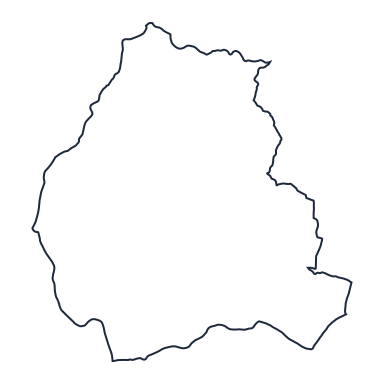 Guayatá, Boyacá, Colombia (orthographic projection)
{"feature_id": "7082276B57012919996167", "entity_name": "Guayatá", "entity_type": "district", "adm_level": 2, "iso_a3": "COL", "parent_name": "Colombia", "parent_adm1": "Boyacá", "projection": "orthographic", "projection_center": [-73.477, 4.938], "detail": "fine", "context": "isolated", "style": "outline", "palette": "slate", "viewbox_px": 384, "rotation_deg": 0, "n_neighbors": 0, "source": "geoboundaries", "source_scale": "gbopen_adm2", "svg_char_len": 5885}
<svg xmlns="http://www.w3.org/2000/svg" viewBox="0 0 384 384"><path d="M351.5,282.4L349.7,281.4L349.0,280.7L346.0,279.3L345.6,279.3L343.8,278.6L342.0,278.2L338.0,277.3L336.1,276.4L335.3,276.3L333.2,276.4L330.8,275.8L329.7,275.4L326.2,273.8L325.4,273.3L322.5,272.4L321.9,272.4L319.8,273.2L319.0,272.9L317.3,272.8L316.6,273.1L315.7,273.9L315.4,274.0L314.8,274.0L314.3,273.8L314.1,273.6L312.8,271.8L310.8,270.3L309.4,269.6L309.0,269.2L308.3,268.2L308.0,267.8L311.4,267.8L314.2,268.6L315.1,268.8L315.7,268.6L315.9,264.5L316.1,257.3L316.2,256.2L316.7,254.7L317.4,253.6L318.2,251.6L319.1,249.7L320.7,245.6L322.1,239.8L322.2,239.0L322.1,238.7L321.5,238.4L319.2,237.7L317.6,237.4L317.0,236.2L316.6,234.4L316.4,233.6L316.3,231.9L316.4,231.0L316.7,229.9L317.9,226.6L318.0,224.6L317.6,221.7L317.1,220.4L316.7,219.8L315.9,219.1L313.6,218.0L313.7,216.5L313.6,214.6L313.9,208.5L313.8,205.8L313.9,203.7L313.8,202.0L313.6,200.7L306.4,198.0L306.0,196.7L305.9,195.5L305.7,195.1L304.1,194.2L301.1,192.7L300.5,192.3L297.9,190.9L297.2,190.2L296.2,188.3L294.7,187.1L293.8,186.1L292.8,185.5L291.1,184.0L290.2,183.7L289.1,184.0L288.3,184.0L286.6,183.9L284.5,183.6L283.1,183.5L282.0,183.6L281.1,183.9L279.4,184.2L278.3,184.5L277.2,185.2L276.6,185.2L275.9,181.7L275.3,180.6L275.0,180.2L274.3,179.8L273.0,179.1L272.0,178.8L271.3,178.1L270.3,176.1L269.3,175.2L267.7,174.1L267.2,173.4L267.5,173.1L268.5,172.7L269.3,172.1L269.8,170.4L270.0,168.2L270.9,166.7L271.6,166.0L272.2,165.7L272.4,165.3L273.0,162.6L273.2,161.1L273.3,159.1L273.7,156.6L274.1,156.1L275.0,155.4L275.7,154.6L276.0,153.6L276.0,150.3L276.4,149.0L278.0,145.7L279.8,143.5L280.1,142.6L280.4,141.1L281.2,139.9L281.4,139.2L281.5,138.4L280.0,135.7L279.4,135.1L279.3,134.3L277.9,132.3L275.2,127.2L273.9,125.5L273.9,124.6L274.2,123.9L274.2,123.3L274.2,122.2L273.8,120.8L272.9,119.1L272.8,118.5L272.1,117.1L270.3,115.3L270.3,114.1L270.2,113.8L269.4,113.2L268.3,112.1L267.4,111.7L264.9,111.4L263.2,110.9L262.6,110.0L262.1,108.7L260.3,106.8L258.7,106.0L257.7,105.8L257.2,105.3L255.6,102.7L253.6,100.1L254.1,99.4L255.2,95.8L255.9,92.1L256.5,90.3L256.8,88.8L256.8,87.1L257.0,86.5L257.7,85.6L258.3,84.2L258.0,83.3L257.4,82.5L255.1,80.8L254.5,79.7L254.5,79.0L255.5,77.2L257.5,74.6L258.0,73.1L258.1,70.9L258.7,69.1L259.8,68.0L260.7,67.7L263.3,67.6L264.1,67.4L264.9,67.0L265.8,66.3L266.4,65.7L267.4,65.2L268.9,64.0L270.1,61.9L269.0,62.3L267.7,62.6L266.5,62.7L265.2,62.5L261.6,60.3L260.6,60.1L257.4,61.1L255.4,61.4L253.1,61.4L251.5,61.2L250.1,60.7L248.7,60.5L247.2,60.7L246.0,61.2L245.2,61.1L244.2,60.4L243.3,59.2L242.9,58.0L240.6,54.3L239.3,52.6L237.5,51.5L235.9,50.9L234.5,51.2L233.2,51.9L231.6,54.1L230.5,54.5L229.4,54.2L228.2,52.0L227.3,51.1L226.2,50.4L224.6,49.8L223.4,49.8L221.0,50.7L219.8,50.7L218.6,50.3L217.1,50.3L216.0,50.6L215.0,51.0L213.4,50.9L212.4,51.2L211.8,52.0L210.6,52.8L207.5,54.4L206.6,54.6L205.5,54.1L204.2,53.3L200.0,51.7L195.7,47.8L193.9,46.7L189.4,45.7L187.7,45.7L186.5,46.1L183.9,47.7L181.7,48.5L180.2,48.7L178.3,48.4L176.2,47.3L174.3,45.9L172.0,43.2L171.3,41.4L170.7,39.0L170.4,36.9L170.5,35.1L170.3,34.3L169.3,33.7L167.3,32.8L165.2,31.7L163.3,30.4L161.7,28.9L159.3,27.5L157.8,27.3L156.1,26.9L154.9,26.3L153.6,25.1L152.4,23.1L150.0,23.0L149.2,23.2L148.1,23.8L147.0,25.0L146.2,25.4L145.9,25.8L146.4,26.7L146.5,28.0L145.4,30.6L143.5,33.4L140.3,35.3L136.4,37.0L130.3,39.3L125.8,39.2L124.4,39.5L123.8,39.8L122.9,40.5L122.4,41.9L122.3,43.5L122.5,45.1L122.8,48.6L122.8,50.2L122.5,51.4L122.0,53.0L121.1,61.8L120.7,63.4L120.0,68.4L118.8,71.9L118.1,72.4L117.3,73.3L115.8,73.9L115.2,74.4L114.5,75.3L113.4,78.3L111.8,79.7L108.5,84.9L107.9,85.4L107.0,85.5L106.4,85.9L105.8,87.0L103.4,88.9L101.4,91.8L99.5,95.4L99.3,97.6L98.6,100.5L97.6,101.5L93.7,103.3L91.1,105.0L90.5,106.3L90.2,108.2L91.8,111.6L92.4,113.2L92.3,114.5L90.9,116.5L88.6,118.7L86.2,121.4L85.5,122.4L84.3,126.0L82.5,134.3L79.1,138.7L78.9,139.5L79.0,141.4L78.5,142.5L75.7,145.6L71.2,148.2L67.7,150.9L65.2,151.4L63.6,152.0L61.2,153.3L59.1,154.5L56.6,156.4L55.5,157.0L52.5,162.2L50.6,164.9L47.8,168.3L45.5,170.7L44.9,171.6L44.3,173.3L43.8,176.4L43.8,178.6L44.4,181.6L44.4,183.0L41.2,192.0L39.6,200.3L38.9,207.9L38.1,212.7L35.8,221.3L34.3,224.6L32.5,228.0L32.7,229.3L33.7,230.6L35.0,231.6L36.5,232.0L37.7,232.0L38.3,232.5L39.7,237.9L40.1,241.1L41.4,244.2L42.3,245.7L44.6,250.6L46.8,254.3L52.1,261.8L54.1,265.8L54.3,266.9L54.4,268.2L54.0,271.1L53.2,274.0L52.8,276.6L52.6,278.2L52.7,279.4L53.3,281.2L54.2,283.1L54.6,285.4L54.8,290.1L55.2,292.6L55.6,295.0L56.3,297.4L57.1,298.7L58.7,302.5L59.4,305.3L60.5,308.4L61.5,310.3L67.1,315.8L73.9,322.3L74.5,323.2L76.2,324.3L78.5,325.6L80.1,326.2L82.0,326.2L84.4,325.6L85.3,325.1L88.3,321.7L91.3,319.6L92.8,319.2L95.0,319.2L98.8,320.3L100.9,321.5L101.9,322.5L102.9,325.0L103.7,327.6L104.8,333.2L109.0,346.6L110.6,350.8L111.7,354.1L112.1,356.3L112.6,361.0L113.7,361.0L118.1,360.1L122.0,359.9L128.3,360.0L129.6,359.5L132.6,359.9L135.4,359.2L136.5,358.7L140.4,358.0L142.0,359.1L144.1,359.7L145.6,359.2L147.4,356.6L148.6,355.6L152.7,354.0L157.6,351.8L159.5,350.8L162.2,349.1L165.0,348.0L169.9,346.8L172.9,346.3L175.5,346.4L178.5,347.3L182.6,348.3L184.6,348.2L186.8,347.7L189.3,346.4L191.4,343.4L195.3,340.2L199.0,338.5L202.3,336.7L204.7,334.2L206.6,332.0L207.0,330.6L208.4,328.3L210.5,326.8L215.3,325.6L217.4,324.8L218.7,324.7L221.3,324.9L223.9,325.7L225.4,326.4L227.6,328.0L229.9,329.2L232.8,329.5L236.1,329.5L239.2,329.3L243.6,329.7L245.6,329.6L248.5,328.7L251.7,328.3L253.2,327.4L255.4,324.3L256.6,323.0L258.2,321.7L259.5,321.4L265.8,323.3L270.4,325.4L272.9,327.2L276.1,328.8L282.1,332.5L285.4,335.8L288.8,338.8L297.6,343.6L301.9,346.6L305.9,348.4L308.3,348.9L311.4,349.3L312.7,348.6L314.1,345.7L317.9,340.7L320.0,337.5L322.0,334.9L323.1,333.1L326.0,329.8L328.4,326.0L332.3,322.4L336.1,319.4L339.1,317.7L346.1,314.3L345.3,313.2L345.0,310.7L345.5,306.4L345.7,303.4L346.9,298.6L348.6,294.0L351.5,282.4Z" fill="none" stroke="#1e293b" stroke-width="2"/></svg>